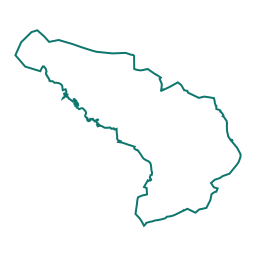 outline of Ål nor, Buskerud, Norway
{"feature_id": "86288312B66646203611151", "entity_name": "Ål nor", "entity_type": "district", "adm_level": 2, "iso_a3": "NOR", "parent_name": "Norway", "parent_adm1": "Buskerud", "projection": "mercator", "projection_center": [8.363, 60.697], "detail": "fine", "context": "isolated", "style": "outline", "palette": "teal", "viewbox_px": 256, "rotation_deg": 0, "n_neighbors": 0, "source": "geoboundaries", "source_scale": "gbopen_adm2", "svg_char_len": 5338}
<svg xmlns="http://www.w3.org/2000/svg" viewBox="0 0 256 256"><path d="M214.2,99.4L214.0,98.2L209.8,97.4L204.2,96.6L198.9,97.9L187.9,92.6L187.4,90.9L184.2,90.2L181.3,85.1L177.8,82.4L169.3,87.1L161.3,90.8L161.1,90.6L161.3,90.2L162.2,90.2L162.4,89.7L161.2,90.0L161.3,89.4L161.3,88.8L161.5,88.4L161.7,85.1L161.8,84.2L161.8,83.9L159.6,78.9L160.8,77.6L157.5,75.4L155.1,74.1L147.7,69.0L147.0,69.3L146.6,69.2L146.2,69.4L145.4,69.4L143.9,69.9L140.6,70.4L137.5,70.0L136.1,69.6L134.2,68.9L134.1,55.9L133.3,55.0L130.9,54.7L125.7,52.9L112.3,53.4L96.5,51.8L91.1,50.3L90.8,50.2L82.3,47.5L71.4,43.7L58.6,40.0L49.1,41.9L44.4,36.6L37.3,30.3L31.5,32.1L21.2,42.2L15.4,55.2L25.2,66.6L40.3,71.2L41.7,68.2L42.9,66.4L43.9,66.4L44.1,66.7L44.4,67.4L45.1,67.7L45.4,68.2L46.1,69.7L46.1,70.2L46.1,70.7L46.5,71.3L46.6,71.7L46.0,72.7L46.0,73.3L45.9,73.8L46.6,74.6L46.5,75.0L46.8,75.6L47.2,75.9L47.5,76.8L48.1,77.3L48.4,77.7L48.4,78.2L49.2,79.3L49.2,79.6L49.4,79.8L49.4,80.5L49.6,81.0L50.0,81.2L52.4,81.2L53.0,81.5L54.5,82.8L56.0,82.7L56.8,82.8L59.0,83.2L60.0,83.7L60.7,84.1L61.6,84.9L62.1,85.7L62.2,86.2L62.8,90.2L65.6,89.3L65.7,89.7L65.8,90.1L66.1,90.6L66.3,91.3L66.4,91.6L66.1,92.1L66.4,93.2L66.3,94.1L66.9,94.5L67.2,94.5L67.5,94.6L67.4,94.9L66.9,95.0L67.1,95.7L67.1,96.2L67.0,96.4L66.7,96.3L66.5,96.0L66.6,95.7L66.1,95.4L65.8,94.7L65.7,94.2L65.4,94.1L64.9,94.2L65.1,94.6L64.8,94.6L64.6,94.2L64.3,93.5L64.1,93.6L64.3,94.5L64.6,95.1L64.6,96.0L64.8,96.3L64.2,97.1L63.8,97.5L63.2,97.7L63.0,98.2L63.7,97.7L64.1,97.6L64.7,96.7L65.0,96.4L65.4,95.7L65.6,95.9L65.6,96.2L65.8,96.3L66.1,96.2L66.4,96.3L66.6,96.6L67.3,97.0L67.8,97.1L68.2,97.3L68.3,97.8L68.6,98.0L68.8,98.5L69.3,99.0L69.5,98.9L72.9,101.6L73.0,101.5L73.1,101.2L73.4,101.0L73.6,101.0L74.3,101.6L74.6,101.7L74.7,101.4L74.6,100.0L74.4,99.9L74.4,100.1L74.4,100.4L74.2,100.4L74.1,99.6L73.7,99.3L73.7,99.2L73.9,99.1L74.5,99.5L74.7,99.3L76.3,100.9L76.3,101.0L76.1,101.2L76.1,101.3L77.7,103.3L77.8,103.5L77.9,103.9L78.1,104.2L78.1,104.3L77.9,104.7L78.0,104.9L77.9,105.1L78.1,105.4L77.9,105.6L77.7,105.6L77.0,105.0L76.3,104.6L76.0,104.0L75.4,104.1L75.3,103.9L75.6,103.4L75.7,102.9L75.6,102.6L75.4,102.5L75.2,103.1L74.9,103.0L74.7,103.2L74.3,103.8L75.2,105.1L75.3,105.4L75.3,105.8L75.5,105.8L76.4,105.5L76.6,105.9L76.7,107.0L76.8,107.1L76.7,107.2L76.7,107.5L77.4,107.5L78.9,109.1L79.0,109.2L81.3,108.3L82.2,108.2L82.6,108.3L83.2,108.7L85.0,110.7L85.7,111.6L86.0,112.3L86.1,112.7L86.0,113.5L85.1,115.7L85.3,116.5L85.5,116.7L86.2,117.5L86.4,117.5L86.7,117.7L87.1,118.0L87.3,118.0L87.4,118.4L87.3,118.5L87.2,118.5L87.1,119.1L87.7,119.4L87.8,119.5L87.8,119.8L87.7,119.8L87.5,119.6L87.3,119.6L87.2,119.7L87.3,120.2L87.6,120.5L87.9,120.4L88.4,121.1L89.3,121.0L89.5,120.9L89.6,120.5L89.9,120.5L89.9,120.2L89.8,119.8L89.8,119.7L90.1,119.6L90.1,119.1L90.2,118.9L90.5,119.0L90.9,119.5L91.1,119.5L91.4,119.2L91.7,119.1L91.8,119.3L92.2,119.2L92.3,119.5L92.5,119.6L92.6,119.3L92.5,119.0L92.5,118.8L92.9,118.8L93.0,119.0L93.2,119.6L94.5,121.1L94.8,120.7L95.8,120.7L95.9,120.4L96.5,120.1L97.1,119.6L98.0,119.6L98.1,119.8L97.7,120.2L96.1,121.3L95.8,121.4L98.6,124.1L97.0,124.5L97.7,126.3L100.0,125.7L102.2,126.3L104.5,127.7L107.4,127.8L109.8,127.5L110.0,127.7L110.2,127.8L110.4,127.8L110.6,128.2L111.1,128.4L111.3,128.7L111.8,128.6L112.0,128.7L112.3,128.6L113.6,128.4L113.6,128.6L113.6,128.9L114.3,129.1L114.4,129.4L114.5,129.5L115.2,129.3L115.3,129.4L115.5,129.3L116.6,128.9L116.6,129.4L116.7,131.7L116.7,132.9L117.0,134.4L117.2,136.6L117.1,138.4L117.5,139.6L119.1,140.8L120.8,141.2L120.8,141.6L119.8,141.4L119.6,141.6L119.1,141.9L118.2,141.8L118.1,142.0L121.7,142.5L125.7,143.8L128.2,144.7L132.2,145.9L134.5,146.7L134.4,146.8L134.3,147.5L134.3,147.9L134.4,148.2L134.3,148.3L134.3,148.5L134.5,148.8L134.9,149.1L135.7,149.4L136.1,149.8L136.5,149.9L136.7,150.1L137.0,150.2L137.4,150.0L137.6,150.1L139.9,153.2L143.3,158.4L145.5,159.9L148.8,161.5L150.1,162.8L150.7,164.1L151.3,168.0L151.3,169.5L151.7,171.5L152.0,172.4L152.1,173.0L151.9,173.6L151.9,174.7L150.7,175.1L150.7,175.5L150.2,176.2L150.1,176.6L149.8,177.2L150.2,178.1L150.2,178.4L150.2,178.7L150.2,179.3L150.3,179.7L150.8,179.3L151.1,179.3L151.2,179.5L150.9,180.1L150.4,180.5L148.5,180.6L148.5,180.8L148.3,181.0L147.9,180.9L147.9,180.5L147.8,180.4L144.0,187.0L146.6,188.0L147.0,194.3L145.8,194.8L142.5,195.4L138.1,197.2L137.6,198.9L137.1,202.0L137.1,202.9L135.5,213.9L139.6,218.3L141.7,221.4L144.0,225.7L145.3,224.5L146.2,222.9L151.1,221.5L152.0,221.5L155.2,220.4L157.9,220.1L161.7,219.3L165.4,218.2L166.9,216.7L169.8,216.4L172.4,215.8L175.0,214.8L183.3,210.7L183.5,210.4L183.7,210.6L187.4,208.8L195.4,212.7L199.1,209.5L206.4,207.9L210.4,200.0L210.9,197.5L211.5,194.2L213.7,192.6L215.5,191.7L215.8,191.8L216.3,191.7L217.0,190.0L217.6,188.4L213.8,187.3L211.0,183.0L214.9,179.7L220.0,178.0L222.6,176.1L229.5,173.7L237.0,164.5L237.9,163.2L239.0,161.2L240.5,156.8L240.6,154.3L237.1,147.8L232.3,142.0L232.1,141.6L232.0,141.4L231.8,141.2L232.3,140.6L232.0,140.3L231.9,139.8L231.3,139.8L230.7,140.2L229.3,138.1L228.3,136.4L228.1,136.2L228.0,134.9L227.2,131.9L226.9,128.4L226.9,123.9L226.9,123.2L227.0,123.2L226.8,122.1L226.7,121.1L223.9,117.0L223.3,116.5L222.7,116.2L223.4,115.3L222.8,114.2L221.3,112.3L220.4,111.8L220.2,111.2L220.5,110.9L220.2,110.4L218.4,109.6L216.4,109.1L216.3,106.0L215.9,106.0L214.8,102.8L214.5,100.3L214.2,99.4Z" fill="none" stroke="#0f766e" stroke-width="2"/></svg>